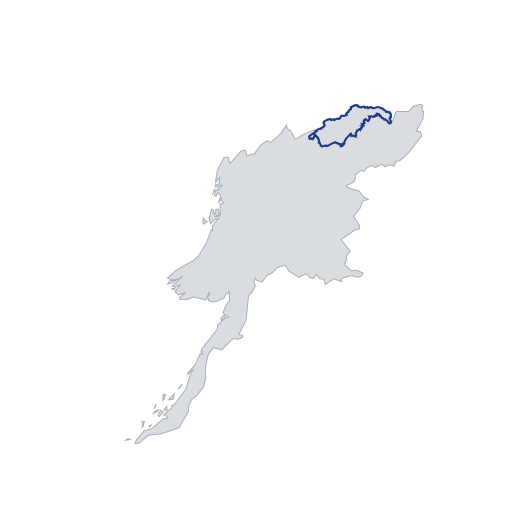 location of Hkamti, Sagaing, Myanmar, rotated 43°
{"feature_id": "60261553B91156237471736", "entity_name": "Hkamti", "entity_type": "district", "adm_level": 2, "iso_a3": "MMR", "parent_name": "Myanmar", "parent_adm1": "Sagaing", "projection": "natural_earth1", "projection_center": [95.699, 25.834], "detail": "fine", "context": "in_parent", "style": "outline", "palette": "blue", "viewbox_px": 512, "rotation_deg": 43, "n_neighbors": 0, "source": "geoboundaries", "source_scale": "gbopen_adm2", "svg_char_len": 9247}
<svg xmlns="http://www.w3.org/2000/svg" viewBox="0 0 512 512"><g transform="rotate(43 256 256)"><path d="M326.1,229.4L321.4,226.8L318.0,229.2L312.7,228.3L313.3,233.4L310.3,235.1L304.9,234.6L301.8,242.5L290.7,244.5L283.5,243.0L279.5,250.0L279.3,257.9L277.3,262.7L278.1,270.9L273.4,273.1L270.6,272.6L272.1,276.4L275.8,278.1L278.1,286.6L277.4,289.9L292.4,309.6L296.9,325.1L300.5,323.0L301.6,324.5L300.2,328.6L295.6,331.8L294.9,348.1L287.4,352.1L287.7,357.5L288.6,361.4L295.3,372.3L302.7,379.7L306.9,387.7L307.8,399.3L306.7,404.1L308.7,411.1L312.5,415.7L316.9,434.0L308.2,450.2L299.4,460.8L298.3,472.1L295.4,475.8L294.0,472.3L293.4,460.5L297.7,453.0L299.0,438.6L301.7,435.5L300.3,434.1L296.8,435.0L298.0,423.4L296.0,422.9L297.6,420.4L295.5,401.0L288.7,387.3L287.7,381.4L286.7,389.3L285.9,387.8L285.7,377.0L281.7,365.3L282.1,364.2L284.0,365.3L282.3,362.6L280.9,363.2L279.7,360.3L277.6,336.0L275.0,332.5L276.0,322.0L277.9,319.4L270.7,320.4L267.4,311.6L267.1,306.7L260.0,299.4L261.2,301.7L260.0,304.1L261.2,308.3L258.3,316.0L255.4,319.5L251.5,320.9L248.4,318.7L247.7,314.6L246.5,314.6L249.3,322.3L237.9,328.9L236.1,333.5L230.2,339.6L228.4,338.8L229.4,330.6L225.9,337.2L221.1,337.3L220.1,328.6L218.2,333.7L215.4,335.3L216.2,320.7L215.5,324.9L210.9,330.7L206.4,332.6L207.4,320.6L213.4,301.6L213.9,295.4L210.8,280.2L205.5,267.5L207.0,267.2L203.5,263.6L203.0,254.1L200.9,257.5L200.6,263.4L196.1,260.4L191.8,252.2L193.5,251.4L198.5,255.3L201.3,253.1L202.0,250.5L194.2,242.4L196.2,239.1L193.6,239.2L186.9,235.3L185.0,236.1L185.9,239.5L184.5,240.4L181.9,235.2L183.8,232.7L182.2,232.6L183.2,228.0L182.6,227.3L179.5,233.4L177.6,232.0L179.7,228.9L178.9,227.1L176.0,223.5L176.3,229.9L169.3,219.8L165.4,206.0L168.5,202.5L173.9,206.5L173.5,189.5L175.8,185.9L181.4,188.9L183.0,184.6L185.1,183.5L183.7,171.7L185.5,164.2L189.2,162.9L190.1,156.8L190.6,148.6L188.9,139.4L192.2,141.6L196.0,140.8L205.0,143.9L208.3,133.2L216.7,115.7L213.6,111.7L214.1,109.2L221.5,100.0L225.2,91.8L223.6,84.5L225.2,78.5L231.8,74.7L246.3,62.5L257.1,60.8L261.5,65.6L264.5,66.0L260.0,54.7L269.1,46.2L268.8,39.5L273.1,32.4L275.5,32.7L277.7,36.2L280.0,36.1L284.2,41.3L288.3,55.5L291.3,53.0L295.3,55.0L297.2,76.0L296.2,88.3L293.8,91.1L295.7,96.1L291.9,97.9L289.3,102.8L285.5,103.2L282.8,109.9L279.0,110.8L276.9,116.1L277.4,120.0L274.3,122.3L273.3,129.1L276.0,131.8L276.9,135.4L274.0,143.1L276.5,143.4L287.0,138.3L294.5,139.3L299.5,138.0L296.4,143.2L299.5,150.0L300.2,160.4L311.4,163.3L313.2,166.0L310.8,169.2L307.0,186.0L321.7,188.3L322.2,194.8L325.3,197.2L325.8,200.7L327.8,201.9L335.7,201.7L340.3,197.3L346.2,195.4L346.6,199.1L345.3,201.8L338.8,205.5L334.4,213.2L334.1,214.9L336.1,216.4L328.6,219.5L326.1,229.4ZM196.3,247.6L201.0,250.7L200.1,253.1L197.1,253.2L194.9,249.2L196.3,247.6ZM290.1,412.5L293.1,417.4L290.2,420.7L290.1,412.5ZM195.7,268.6L193.3,266.8L191.6,264.2L196.9,264.3L195.7,268.6ZM294.5,433.4L294.6,439.8L292.7,439.1L291.5,433.8L294.5,433.4ZM213.4,332.5L210.3,336.6L209.8,333.1L214.2,328.1L213.4,332.5ZM274.8,326.9L272.9,325.7L272.6,321.9L274.1,320.9L275.3,322.7L274.8,326.9ZM288.3,441.3L287.9,439.1L289.9,434.0L289.6,438.5L288.3,441.3ZM287.2,453.2L289.8,458.0L289.4,458.9L287.0,455.2L285.4,455.4L287.2,453.2ZM296.2,429.8L293.5,431.2L293.3,426.8L296.2,429.8ZM289.8,475.4L286.3,479.6L286.7,477.2L289.8,475.4ZM181.0,235.9L182.3,241.1L180.1,235.0L181.0,235.9ZM290.1,402.5L290.0,406.4L289.1,400.0L290.1,402.5ZM191.8,239.6L192.2,242.9L190.2,238.2L191.8,239.6ZM286.5,425.2L284.5,423.2L285.2,421.8L286.2,422.1L286.5,425.2ZM285.1,419.5L283.8,422.1L282.5,420.5L283.5,419.4L285.1,419.5ZM285.4,435.2L285.5,437.5L284.0,432.1L285.4,435.2ZM218.3,337.3L216.8,337.2L218.8,334.6L219.0,335.6L218.3,337.3ZM294.9,453.6L293.6,453.2L294.6,450.6L294.9,453.6Z" fill="#d9dde1" stroke="#a8b0b8" stroke-width="1"/><path d="M245.7,90.0L245.6,89.8L245.8,89.4L245.7,89.1L244.9,88.7L245.1,88.5L245.0,88.4L245.3,88.2L245.2,87.8L245.1,87.7L245.0,87.3L244.7,87.5L244.8,87.3L244.4,87.2L244.7,87.1L244.4,87.0L244.2,86.8L244.2,87.1L244.1,86.6L244.3,86.2L244.5,86.3L244.4,86.1L244.6,86.1L244.3,86.0L244.3,85.9L244.7,85.3L244.6,85.1L244.7,84.9L244.4,84.8L244.2,84.7L244.3,84.5L244.0,84.3L243.7,84.2L243.6,84.4L243.4,84.4L243.4,84.0L243.1,83.9L243.2,83.6L242.8,83.4L242.6,83.4L242.4,83.2L242.6,83.0L242.6,82.6L242.8,82.6L243.0,82.4L242.6,81.7L242.7,81.2L243.4,81.0L244.3,81.0L244.8,80.9L245.4,81.0L245.9,80.9L246.1,80.7L246.2,80.2L246.1,79.9L245.8,79.7L245.8,79.3L245.6,78.8L245.3,78.5L245.1,78.0L245.2,77.5L244.2,77.2L244.5,76.7L244.4,76.6L244.4,76.4L244.0,76.4L244.6,75.9L244.6,75.4L245.7,74.8L246.4,74.7L246.7,73.8L247.0,73.9L247.5,73.6L247.5,72.9L247.2,71.9L247.4,71.5L247.9,71.8L248.2,71.8L248.2,71.2L248.4,70.6L248.8,70.5L248.9,70.2L248.5,69.8L248.2,70.0L247.6,70.0L247.5,69.8L247.4,69.9L247.1,69.5L247.5,69.2L248.6,69.1L249.1,68.3L249.5,68.3L250.1,68.6L250.6,68.6L250.7,68.9L251.0,69.2L251.5,69.2L251.7,68.7L252.2,69.1L252.5,68.9L252.8,69.0L253.0,68.9L253.9,69.2L254.2,68.8L255.4,68.6L256.4,69.0L256.9,68.7L257.3,67.8L257.8,67.8L258.3,68.0L259.5,67.6L260.3,67.7L260.7,67.9L261.3,67.7L261.6,68.0L262.2,68.2L262.6,67.8L263.2,67.9L263.2,67.6L263.5,67.4L263.8,66.6L263.1,65.7L262.4,65.4L262.2,65.1L260.4,64.7L259.7,64.2L259.6,63.7L260.2,63.3L260.2,62.6L259.8,62.6L259.4,62.3L259.4,61.8L258.9,61.4L258.5,60.5L257.8,60.2L257.6,60.3L257.0,60.1L256.5,59.8L256.4,60.2L254.8,60.0L254.6,60.0L254.3,60.4L254.4,60.7L253.5,61.1L253.3,61.4L253.3,61.5L252.9,61.9L252.6,61.6L251.6,61.4L251.0,61.5L250.6,61.8L250.0,62.0L249.5,61.7L249.3,61.9L248.7,61.7L248.1,61.9L247.9,62.2L247.1,62.1L246.8,62.5L246.5,62.5L246.2,62.8L245.6,62.8L244.3,63.4L242.9,64.6L242.6,65.4L241.6,67.0L241.5,67.6L240.6,67.9L240.5,68.1L240.1,68.2L240.0,68.5L239.2,68.6L238.6,68.5L238.5,68.9L237.7,69.7L237.7,69.9L237.8,70.2L237.5,70.7L237.5,71.1L237.0,71.7L236.6,71.6L235.9,71.1L235.4,71.8L235.2,71.9L235.1,72.5L234.7,73.3L233.9,73.2L233.7,72.9L233.4,72.8L232.9,73.4L232.7,73.4L232.2,74.9L231.7,75.0L231.3,75.6L231.2,76.0L230.7,76.2L230.5,76.4L230.0,76.4L229.8,76.7L229.3,76.6L228.6,77.1L227.7,77.1L227.7,76.5L227.3,76.5L226.8,77.2L226.6,77.4L226.2,77.4L225.9,77.6L225.9,77.8L225.5,78.1L225.6,78.8L225.3,79.4L225.1,79.4L224.7,79.8L224.9,80.3L224.1,81.4L223.9,82.0L224.2,82.0L224.6,82.7L224.5,83.2L225.2,83.7L225.0,84.9L225.1,85.7L225.0,86.3L225.1,86.8L224.9,87.2L225.4,87.7L225.0,88.2L225.1,88.5L224.9,89.0L225.1,89.7L224.9,90.2L225.0,90.4L225.5,90.7L225.9,90.6L226.3,91.1L225.9,91.6L225.7,92.2L224.8,93.5L224.4,94.0L223.6,94.4L223.4,94.6L223.2,94.6L222.8,95.3L222.9,95.7L222.8,95.8L222.8,96.1L223.1,96.8L223.2,97.3L223.6,97.7L223.5,98.7L223.3,99.1L222.4,99.5L222.3,99.9L221.3,100.8L220.9,102.2L220.2,102.6L220.5,103.2L220.2,103.3L219.8,103.2L219.4,103.5L219.1,103.9L219.1,104.3L218.6,105.1L218.0,105.3L217.6,105.0L217.4,105.3L216.9,105.6L216.2,105.7L215.9,106.9L215.2,107.4L215.2,108.2L214.7,109.3L214.3,110.5L214.2,111.3L214.1,111.8L214.4,112.3L214.7,112.5L214.9,112.4L215.4,112.9L215.8,113.0L216.1,113.3L216.4,113.1L216.6,113.4L217.3,113.7L217.4,114.9L217.3,115.3L217.4,116.1L217.1,116.8L216.7,117.1L216.5,117.6L216.5,117.8L216.7,118.1L216.8,118.5L216.6,118.6L216.2,119.6L215.5,120.2L215.2,120.8L215.0,121.9L215.1,122.7L214.7,123.5L215.2,123.4L215.3,123.6L215.2,124.1L214.6,125.7L213.2,131.9L213.2,132.1L213.7,132.2L213.7,132.7L214.5,133.0L214.8,133.6L215.2,133.8L215.5,133.8L215.8,133.1L216.1,132.9L216.5,131.9L216.8,131.9L216.9,132.2L217.3,132.3L218.0,131.9L217.9,131.3L217.5,130.9L217.6,130.0L216.2,127.5L216.2,127.0L216.5,126.9L216.8,127.0L216.9,127.8L217.6,127.5L217.8,127.5L217.9,127.9L218.3,127.6L218.4,127.1L219.4,127.2L220.1,127.7L220.5,127.6L220.8,127.2L221.4,127.5L221.8,128.1L222.2,128.0L223.0,128.3L224.0,129.5L224.0,129.4L224.2,129.5L224.5,129.4L225.0,129.7L225.3,129.7L225.4,129.8L225.8,129.8L226.3,130.3L227.8,130.5L228.1,131.2L228.9,130.9L229.5,130.9L229.9,130.4L231.1,128.3L231.4,128.1L231.4,127.8L231.6,127.6L231.8,127.4L232.1,127.3L232.5,127.7L232.8,127.4L233.1,126.7L233.3,126.6L233.5,126.2L233.9,124.5L234.5,123.3L234.7,122.1L236.3,118.9L236.5,119.0L236.7,118.7L237.1,118.8L237.5,118.6L238.0,118.6L238.1,118.0L238.7,117.9L238.8,117.7L239.2,117.8L240.1,117.7L240.5,117.5L240.5,117.3L240.4,117.2L240.6,117.0L241.8,117.0L241.9,116.8L242.0,116.9L242.4,116.8L242.7,116.4L242.5,116.1L242.5,115.9L242.6,115.2L242.8,114.7L243.0,114.9L243.1,115.0L243.4,115.1L243.5,115.5L243.4,115.8L243.4,116.5L243.3,116.3L243.1,116.5L243.0,116.4L242.8,116.8L242.7,118.0L243.0,118.1L243.4,118.0L243.8,117.1L244.0,116.9L243.9,116.7L244.2,115.7L244.1,115.4L244.1,115.0L244.1,114.8L243.6,114.7L243.8,114.0L243.5,114.1L243.7,113.7L243.5,113.1L243.0,112.8L242.9,112.3L242.5,111.7L242.4,110.8L242.4,110.3L242.3,110.0L242.1,109.9L242.0,109.3L241.8,109.0L241.9,104.8L241.7,102.2L242.0,101.7L243.6,102.8L243.6,103.0L243.8,103.2L244.4,102.0L244.6,101.8L244.9,102.1L245.3,101.8L245.6,101.8L245.9,101.5L246.0,101.6L246.6,100.9L246.9,100.8L246.6,100.7L246.5,100.4L246.8,99.9L246.7,99.6L246.9,99.4L246.6,99.1L246.5,98.8L246.1,98.7L246.0,98.8L245.5,98.6L245.4,98.2L245.0,97.9L244.9,97.6L245.1,97.1L245.1,96.6L244.8,96.3L244.7,95.7L244.3,95.3L244.8,94.8L245.0,93.8L244.9,93.4L245.0,92.8L245.3,92.6L245.7,92.7L245.9,92.3L246.1,92.4L246.0,92.1L246.2,91.3L245.9,91.2L246.0,90.9L245.6,90.6L245.8,90.5L245.7,90.3L245.7,90.0Z" fill="none" stroke="#1e3a8a" stroke-width="2"/></g></svg>